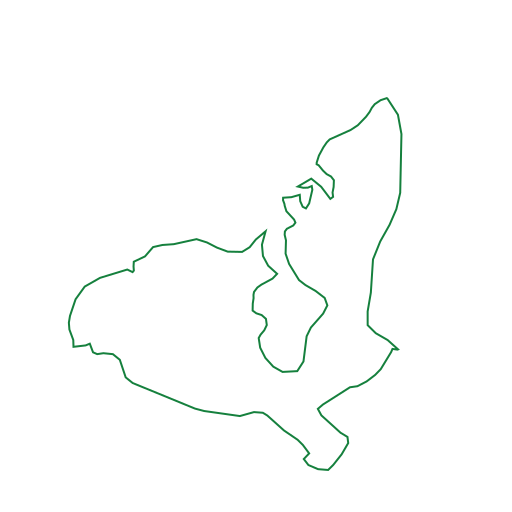 Sorsogon, Albers equal-area conic projection, rotated 106°
{"feature_id": "PHL-2541", "entity_name": "Sorsogon", "entity_type": "Province", "adm_level": 1, "iso_a3": "PHL", "parent_name": "Philippines", "parent_adm1": "", "projection": "albers", "projection_center": [123.877, 12.827], "detail": "fine", "context": "isolated", "style": "outline", "palette": "green", "viewbox_px": 512, "rotation_deg": 106, "n_neighbors": 0, "source": "natural_earth", "source_scale": "10m", "svg_char_len": 2096}
<svg xmlns="http://www.w3.org/2000/svg" viewBox="0 0 512 512"><g transform="rotate(106 256 256)"><path d="M306.6,93.7L307.0,94.2L307.7,99.2L311.1,99.6L330.4,104.9L337.5,108.7L346.1,115.1L353.2,122.6L356.3,129.5L380.3,150.7L385.9,154.4L391.2,149.2L402.6,126.0L404.7,118.2L410.4,115.8L423.0,119.0L435.6,124.2L441.8,127.7L443.8,137.6L442.5,148.0L438.0,154.1L431.1,150.5L424.7,158.9L421.2,165.3L416.0,181.0L406.2,201.2L404.8,206.2L406.6,214.9L414.3,227.4L419.3,263.1L419.5,272.6L412.1,339.5L408.6,347.8L393.3,358.3L389.8,366.5L391.5,375.9L394.1,381.6L393.5,386.1L386.1,391.6L388.9,395.1L393.6,406.4L387.1,408.5L378.1,415.1L371.7,417.5L364.8,418.3L347.3,417.5L332.6,412.2L320.0,399.9L304.5,376.0L305.5,370.2L303.7,369.4L299.9,370.8L295.2,371.9L287.0,362.6L275.8,357.4L271.2,349.0L267.3,338.3L256.2,317.8L256.5,306.9L258.7,295.8L259.6,284.4L255.9,270.5L249.3,264.5L240.2,260.7L229.6,253.6L243.5,253.4L254.1,249.3L262.0,241.6L267.3,230.8L273.2,233.9L282.0,242.9L285.9,246.0L291.1,248.0L294.1,247.7L297.2,246.7L302.6,246.0L309.4,244.2L311.0,239.9L311.2,234.3L313.7,229.1L319.4,226.6L325.2,227.6L330.3,229.9L334.1,230.8L343.0,226.7L351.4,218.9L357.6,208.9L360.1,198.5L355.3,184.6L344.3,181.3L319.2,185.2L309.6,183.5L292.9,175.6L283.8,173.8L277.4,178.4L273.2,189.0L270.3,200.5L267.3,208.0L254.5,222.0L245.6,228.2L232.7,231.5L227.7,234.3L224.4,235.0L221.3,233.8L216.4,228.6L213.1,227.3L210.5,229.4L204.6,239.1L199.9,242.2L198.0,243.1L194.9,245.4L192.5,246.0L189.7,238.2L185.1,230.8L191.1,228.6L195.8,224.7L196.5,221.1L190.8,219.4L176.8,220.1L173.4,221.7L176.0,225.0L177.4,229.4L177.7,234.9L166.4,224.2L171.5,212.4L180.6,200.3L177.9,198.2L173.9,199.9L168.3,200.4L161.7,202.0L158.9,205.8L157.8,210.7L155.4,215.2L151.5,220.8L151.1,223.0L149.5,223.4L142.1,223.2L133.0,221.2L127.3,219.3L123.6,217.3L108.8,199.8L102.3,194.2L91.8,188.6L86.2,186.5L81.6,185.5L77.3,183.7L71.9,179.2L68.2,173.8L68.5,173.0L81.1,158.5L98.7,149.8L155.5,134.8L172.3,134.0L189.2,136.2L207.8,140.6L227.0,142.6L259.6,135.5L278.5,133.4L291.7,129.6L297.2,119.6L300.5,106.3L306.6,93.7Z" fill="none" stroke="#15803d" stroke-width="2"/></g></svg>